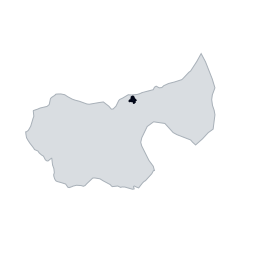 location of Rundāles pag., Rundales, Latvia, rotated 157°
{"feature_id": "27541924B12061124033846", "entity_name": "Rundāles pag.", "entity_type": "district", "adm_level": 2, "iso_a3": "LVA", "parent_name": "Latvia", "parent_adm1": "Rundales", "projection": "mercator", "projection_center": [24.042, 56.399], "detail": "fine", "context": "in_parent", "style": "filled", "palette": "ink", "viewbox_px": 256, "rotation_deg": 157, "n_neighbors": 0, "source": "geoboundaries", "source_scale": "gbopen_adm2", "svg_char_len": 3436}
<svg xmlns="http://www.w3.org/2000/svg" viewBox="0 0 256 256"><g transform="rotate(157 128 128)"><path d="M181.7,187.3L180.3,187.1L176.5,185.6L173.2,183.3L171.3,180.4L168.0,176.3L165.7,174.2L162.3,171.6L156.5,166.2L154.4,165.0L144.2,162.6L140.5,161.6L137.1,155.5L136.0,151.9L134.3,151.3L132.5,152.0L130.5,152.8L125.8,156.9L124.4,157.5L121.5,157.6L114.8,158.5L111.8,157.0L106.5,155.3L103.6,155.0L101.1,155.1L89.8,153.4L87.7,155.2L85.7,155.5L83.6,152.8L81.1,152.0L78.4,153.0L73.3,153.1L67.3,152.2L59.7,151.5L58.6,151.8L50.2,155.5L48.1,156.0L38.9,162.2L31.6,167.9L30.8,158.7L31.3,140.2L32.3,131.0L37.4,125.6L39.9,121.4L41.4,115.8L41.8,110.5L42.8,106.2L50.1,93.7L55.9,92.4L63.7,88.9L72.4,86.0L74.1,89.7L75.0,92.5L85.5,102.7L88.2,106.1L92.3,117.8L102.0,123.7L109.7,121.9L113.0,119.0L119.1,113.7L121.9,109.8L122.4,106.1L121.4,90.0L119.7,82.9L120.3,78.5L121.3,78.8L124.0,76.6L132.5,72.7L134.2,72.5L136.2,71.7L141.6,68.7L143.3,70.3L144.8,72.1L145.6,72.1L146.0,71.5L145.9,70.3L146.2,69.5L147.8,69.9L154.0,74.9L156.4,76.0L158.1,76.3L160.1,78.6L165.4,80.2L166.0,81.4L166.5,82.9L171.5,89.1L173.7,92.2L178.1,95.0L180.0,95.7L187.8,92.8L190.0,91.8L191.8,91.8L193.6,93.3L197.7,95.4L201.5,96.0L202.2,95.9L205.4,96.1L206.5,96.9L207.3,100.8L210.9,103.9L214.2,106.5L215.1,107.7L215.4,109.9L215.1,112.6L214.7,114.0L213.3,115.6L212.1,119.6L211.9,123.4L210.0,129.9L210.4,130.1L214.5,128.9L215.6,129.5L216.5,131.0L216.8,135.1L218.1,136.9L219.5,139.8L219.9,142.0L222.5,144.7L222.7,146.4L224.3,152.5L224.9,156.0L225.2,158.7L224.4,162.1L223.7,164.4L222.9,164.2L220.6,164.8L216.9,167.6L211.5,174.1L210.1,175.6L208.6,180.5L208.3,181.0L205.1,180.8L204.2,180.7L201.0,180.7L194.1,179.5L191.4,180.3L187.9,185.3L186.5,186.0L182.4,186.7L181.7,187.3Z" fill="#d9dde1" stroke="#a8b0b8" stroke-width="1"/><path d="M111.2,155.3L111.3,155.3L111.6,155.3L111.8,155.3L112.1,155.3L112.0,155.1L112.0,154.9L112.3,154.8L112.3,154.7L112.2,154.7L112.3,154.7L112.5,154.6L112.6,154.8L112.8,154.8L112.8,154.7L113.0,154.6L113.0,154.4L113.0,154.2L112.9,153.7L113.3,153.6L113.4,153.4L113.4,153.5L113.5,153.5L113.9,153.5L113.9,153.1L114.0,153.0L113.9,152.9L114.0,152.9L113.9,152.9L113.8,152.7L113.7,152.6L113.6,152.4L113.7,152.2L113.8,152.2L114.0,152.2L114.2,152.3L114.3,152.2L114.3,152.3L114.2,152.3L114.3,152.3L114.5,152.3L114.4,152.4L114.5,152.4L114.5,152.5L114.8,152.6L115.0,152.6L115.2,152.8L115.3,152.9L115.5,152.7L115.8,152.7L116.0,152.7L116.1,152.4L116.3,152.2L116.2,152.1L115.8,152.0L115.9,151.8L115.9,151.7L115.7,151.7L115.4,151.7L115.2,151.6L114.9,151.6L114.7,151.5L114.6,151.4L114.5,151.2L114.4,151.1L114.2,151.0L114.0,150.9L113.9,150.9L113.7,150.8L113.4,150.8L113.3,150.7L113.2,150.5L113.2,150.4L113.0,150.2L112.9,149.9L112.8,149.6L112.8,149.4L113.0,149.2L113.1,148.9L113.1,148.7L112.4,148.6L112.2,148.9L112.2,149.1L111.9,149.2L111.8,149.3L111.5,149.2L111.5,149.3L111.4,149.3L111.4,149.5L111.4,149.8L111.5,149.9L111.5,150.0L111.6,150.3L111.4,150.3L110.9,150.3L110.7,150.3L110.4,150.3L110.1,150.4L109.9,150.4L109.9,150.6L110.0,150.9L110.0,151.1L110.2,151.3L110.3,151.3L110.5,151.3L110.8,151.4L110.9,151.6L110.8,151.8L110.8,152.0L111.0,152.2L111.3,152.2L111.3,152.3L111.3,152.5L111.3,152.8L111.2,152.8L111.3,152.9L111.3,153.0L111.2,153.0L111.2,152.9L111.0,153.0L111.1,153.4L110.9,153.4L110.8,153.5L110.7,153.4L110.7,153.5L110.6,153.8L110.6,154.1L110.6,154.3L110.7,154.5L110.8,154.7L111.2,154.8L111.2,155.0L111.2,155.3Z" fill="#0f172a" stroke="#020617" stroke-width="1.5"/></g></svg>